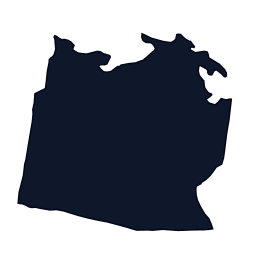 the district of Glaro, River Gee, Liberia, rotated 278°
{"feature_id": "62588387B27164468507335", "entity_name": "Glaro", "entity_type": "district", "adm_level": 2, "iso_a3": "LBR", "parent_name": "Liberia", "parent_adm1": "River Gee", "projection": "natural_earth1", "projection_center": [-7.495, 5.389], "detail": "fine", "context": "isolated", "style": "filled", "palette": "ink", "viewbox_px": 256, "rotation_deg": 278, "n_neighbors": 0, "source": "geoboundaries", "source_scale": "gbopen_adm2", "svg_char_len": 2433}
<svg xmlns="http://www.w3.org/2000/svg" viewBox="0 0 256 256"><g transform="rotate(278 128 128)"><path d="M170.9,226.3L170.7,224.6L169.4,221.1L170.1,216.2L166.3,214.0L163.0,211.1L163.9,205.2L165.3,202.9L167.5,201.3L170.3,204.5L172.6,206.3L173.6,205.3L173.5,204.5L173.9,202.9L175.7,200.8L178.7,198.2L181.3,197.3L183.0,197.1L183.5,196.7L185.1,196.6L187.1,194.2L190.2,191.1L194.3,189.6L199.4,189.5L200.0,191.1L199.4,192.5L197.5,197.4L196.0,199.1L193.8,199.3L192.2,200.9L192.2,203.4L193.4,204.1L196.8,205.2L198.0,207.5L194.9,212.9L192.3,216.2L192.2,217.1L193.1,218.2L196.4,217.6L199.3,215.4L203.9,209.4L208.7,198.2L211.9,197.2L214.3,195.8L214.6,193.3L213.6,189.9L211.9,184.2L214.0,178.9L216.2,178.4L217.2,179.9L216.9,182.1L217.9,182.4L220.5,179.6L222.4,178.0L222.5,176.3L223.7,173.0L225.7,169.9L227.9,167.0L227.9,165.2L227.3,163.3L222.5,163.0L220.3,161.1L218.5,158.6L218.5,153.6L218.6,150.2L220.1,138.8L223.3,128.8L219.6,129.1L216.6,130.9L215.3,133.9L215.7,139.1L213.6,141.9L210.8,144.1L208.4,143.5L206.1,141.2L201.9,137.8L199.2,135.4L198.7,134.7L198.1,135.1L196.4,131.9L193.4,126.3L191.8,119.7L189.2,112.2L186.1,109.9L187.4,109.5L186.6,108.3L181.5,103.3L180.3,99.3L180.2,96.1L182.1,93.3L183.8,91.2L184.0,90.9L185.0,90.4L186.3,90.9L187.2,93.4L187.4,96.1L188.5,98.1L195.9,100.6L197.0,99.8L197.6,97.9L197.3,96.7L198.0,95.6L197.6,95.1L198.4,92.5L199.6,90.1L199.6,86.9L195.5,77.0L195.3,74.0L195.2,68.3L197.1,63.5L198.1,62.2L199.2,62.3L202.3,63.1L205.2,59.5L206.4,56.6L206.8,52.4L206.2,50.1L207.4,46.7L208.7,44.8L209.2,42.7L208.9,42.6L207.7,42.2L205.5,43.4L201.3,44.3L196.2,45.5L190.6,44.8L188.1,43.5L186.5,41.7L184.6,40.5L182.2,40.8L173.2,40.3L163.3,40.7L155.6,40.8L149.0,31.1L139.8,31.7L133.1,31.2L128.7,32.1L120.7,32.4L103.3,31.9L82.4,31.4L77.9,30.8L66.2,31.1L63.5,30.8L49.2,29.2L41.5,29.5L40.2,29.6L38.4,29.6L38.2,31.8L38.3,33.9L38.2,34.3L37.4,37.8L36.1,40.9L35.9,43.7L36.7,47.5L36.3,52.1L36.1,58.9L36.0,62.1L37.3,68.4L37.0,75.8L35.9,82.2L34.4,91.9L33.4,100.7L32.5,112.1L32.2,120.2L30.7,132.8L29.5,141.8L28.1,150.6L29.8,161.4L30.3,166.9L32.5,176.4L33.2,186.1L33.6,191.9L35.8,204.3L36.9,211.1L37.2,210.7L37.5,215.7L39.1,223.0L40.0,225.9L44.7,223.5L49.4,220.7L53.5,215.9L59.9,210.8L66.1,206.7L71.3,204.7L77.0,203.6L79.9,203.6L83.0,207.9L83.6,207.4L87.5,211.9L90.5,214.4L92.5,215.9L96.5,218.2L101.6,220.8L105.3,225.8L111.6,226.7L118.9,226.7L137.0,226.4L150.3,226.8L170.9,226.3Z" fill="#0f172a" stroke="#020617" stroke-width="1.5"/></g></svg>